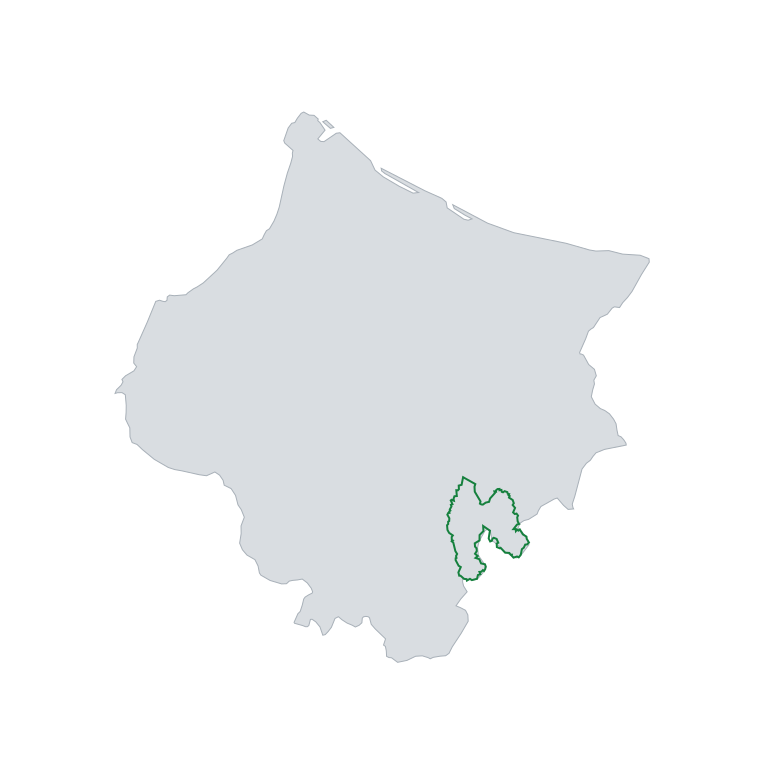 Bafing, Bafing, Ivory Coast shown in context, rotated 213°
{"feature_id": "98640826B37750272367318", "entity_name": "Bafing", "entity_type": "district", "adm_level": 2, "iso_a3": "CIV", "parent_name": "Ivory Coast", "parent_adm1": "Bafing", "projection": "albers", "projection_center": [-7.651, 8.455], "detail": "medium", "context": "in_parent", "style": "outline", "palette": "green", "viewbox_px": 768, "rotation_deg": 213, "n_neighbors": 0, "source": "geoboundaries", "source_scale": "gbopen_adm2", "svg_char_len": 5533}
<svg xmlns="http://www.w3.org/2000/svg" viewBox="0 0 768 768"><g transform="rotate(213 384 384)"><path d="M195.6,178.7L197.8,178.6L203.8,176.9L209.2,172.9L214.2,164.7L221.0,158.0L228.6,158.5L230.8,157.3L233.5,157.0L236.7,161.4L239.9,164.7L242.2,164.8L243.9,171.1L257.9,173.8L263.8,175.5L268.9,180.1L270.6,180.2L272.7,179.2L274.4,177.6L274.7,175.8L272.5,171.7L273.5,168.0L275.7,164.6L279.3,164.4L284.7,163.4L290.9,163.4L295.5,164.0L297.4,160.7L295.6,151.3L296.0,146.1L296.8,141.8L298.5,140.0L305.4,145.4L311.7,147.4L316.2,147.5L317.5,146.5L315.5,140.5L316.1,138.7L317.7,137.7L320.7,137.1L328.7,134.6L329.6,135.1L331.1,144.5L330.4,147.6L332.1,154.0L334.2,159.9L334.1,162.3L332.4,166.0L330.4,169.4L330.6,170.8L333.8,173.1L340.0,175.4L346.3,175.9L349.9,172.5L353.6,169.6L356.1,167.1L357.0,163.4L361.0,160.6L372.5,157.2L383.1,156.6L385.6,157.7L390.5,162.8L396.6,166.4L405.8,165.9L412.5,167.9L418.4,171.9L422.3,180.7L426.6,187.1L428.6,196.2L435.3,200.9L440.6,203.1L447.8,209.7L455.2,213.0L462.9,212.1L466.5,215.6L472.2,218.0L477.9,218.1L482.9,210.4L489.5,207.3L506.2,201.1L512.8,198.3L519.5,196.5L535.7,195.7L550.7,197.4L558.2,198.8L563.3,197.7L568.2,201.3L573.3,208.8L577.4,211.2L581.6,213.8L584.8,219.7L588.5,225.6L590.5,228.2L595.1,234.1L599.0,234.1L602.8,231.5L604.4,229.6L605.2,233.5L603.8,239.8L604.1,243.7L606.3,245.1L605.2,250.2L600.9,258.8L600.9,263.8L605.3,265.3L608.5,270.6L610.5,279.8L612.5,282.8L612.7,284.7L616.2,306.8L620.4,329.0L617.9,332.0L614.5,332.9L612.3,333.9L611.6,336.0L613.2,339.0L612.2,341.8L608.0,343.8L598.7,351.0L598.1,353.8L595.7,359.9L593.6,363.6L590.6,370.4L586.0,388.5L584.4,403.5L584.2,408.1L582.3,411.3L580.2,416.0L570.2,428.9L565.1,439.4L565.8,444.0L566.1,448.5L564.6,451.8L565.0,460.7L566.3,468.1L568.2,475.3L575.9,495.8L579.9,508.2L582.4,518.2L584.6,525.0L586.6,527.7L587.5,530.3L598.5,532.0L600.6,533.5L603.8,546.5L603.4,552.4L601.2,554.7L601.4,559.7L600.9,565.9L599.4,568.4L593.2,568.8L589.0,571.2L583.5,570.4L583.0,568.8L580.0,568.3L571.7,564.8L573.0,553.5L569.2,553.0L566.3,554.6L560.6,568.3L557.8,570.7L516.9,564.0L508.0,558.5L497.4,557.3L478.9,558.1L463.6,559.9L459.3,563.4L497.8,561.0L502.0,561.4L503.9,563.4L455.2,568.3L436.6,571.2L431.1,570.5L426.9,566.1L406.7,565.7L402.6,567.2L400.1,570.4L408.0,569.7L420.6,569.4L424.0,571.8L384.7,575.3L357.5,581.6L345.9,586.2L307.9,601.2L284.7,608.3L278.7,610.9L268.1,618.3L254.6,622.9L239.3,631.5L230.0,633.4L227.9,630.7L227.7,616.1L226.4,596.7L226.9,589.2L228.1,582.2L228.1,576.4L232.8,574.2L234.0,571.8L234.7,564.2L239.0,557.4L239.1,545.4L240.3,542.9L241.3,539.7L239.5,531.8L237.1,516.9L235.9,516.0L234.8,516.6L232.4,516.9L222.9,511.8L215.5,510.9L210.4,506.5L210.1,501.5L207.5,498.6L205.8,492.8L203.2,486.2L196.0,482.1L189.2,481.2L184.4,482.0L178.7,481.8L172.2,479.5L167.7,477.0L163.5,472.2L159.6,468.3L156.4,468.8L152.6,467.8L148.8,466.1L147.6,464.7L163.4,449.3L168.7,441.8L169.3,437.2L169.4,432.5L171.1,427.7L171.6,420.5L162.9,394.0L160.7,385.8L158.4,383.4L156.9,382.5L161.3,379.1L167.3,380.0L176.6,382.7L178.7,380.1L185.7,366.7L185.5,361.8L184.8,358.3L189.0,349.2L192.2,345.7L193.9,341.9L193.4,336.7L190.9,334.7L187.7,335.1L183.8,333.8L177.9,330.8L174.9,328.1L175.8,316.0L176.4,312.3L178.5,310.1L181.7,309.6L190.9,309.2L198.3,310.6L204.9,311.4L208.4,311.4L211.2,315.0L214.9,318.6L218.2,318.6L219.4,315.9L218.6,304.0L216.4,297.7L211.4,291.6L198.5,286.4L198.2,279.2L199.5,271.3L202.3,268.4L211.9,263.4L210.2,260.7L207.2,257.9L201.1,255.0L202.5,245.6L202.8,237.2L197.7,238.1L192.4,238.6L187.9,236.0L184.2,230.9L183.5,216.9L183.6,200.7L182.8,193.5L184.3,189.7L188.8,186.2L193.8,181.6L195.6,178.7ZM578.2,570.6L576.1,573.7L565.8,571.9L568.2,569.2L578.2,570.6Z" fill="#d9dde1" stroke="#a8b0b8" stroke-width="1"/><path d="M216.5,264.2L215.5,264.9L210.7,264.2L208.5,265.3L207.4,264.3L205.8,267.4L203.5,267.4L199.9,271.3L201.2,274.9L199.6,277.0L201.6,278.4L200.1,279.6L199.7,281.8L198.3,281.6L198.3,283.8L199.4,286.4L201.1,287.8L204.9,286.4L208.7,289.0L212.5,288.0L211.7,290.8L215.2,291.2L215.2,294.4L216.9,296.6L219.1,297.2L221.1,299.8L218.7,304.8L221.6,309.4L220.5,314.8L223.5,318.9L215.3,318.7L212.1,311.5L209.2,309.8L208.2,311.2L208.7,313.7L208.2,314.8L205.2,315.4L201.7,313.1L202.6,311.5L200.5,308.7L197.3,309.3L196.9,310.1L190.5,308.5L186.9,310.6L184.8,309.8L183.8,310.5L183.5,309.6L180.8,308.9L178.5,311.8L176.6,312.0L176.3,315.3L178.4,320.6L177.6,322.9L178.1,326.2L176.6,327.4L176.1,330.0L180.0,331.9L181.4,333.6L185.6,333.5L190.9,336.0L191.5,334.2L193.1,334.4L193.3,332.5L194.6,334.0L196.4,332.8L195.9,338.5L194.5,340.2L197.1,341.6L199.7,344.8L199.9,346.6L202.3,347.5L203.5,346.2L205.8,346.6L206.6,351.5L210.2,352.6L210.2,354.7L212.9,356.8L217.3,356.8L217.6,358.5L218.9,358.5L219.1,359.8L220.4,359.3L221.7,360.5L224.5,359.8L225.2,358.0L226.5,357.7L227.8,359.1L229.3,357.8L230.0,358.9L231.6,357.7L232.2,355.6L231.4,354.7L232.9,354.0L231.6,352.9L232.7,345.8L231.7,342.4L234.1,339.9L235.4,336.7L236.8,336.0L238.4,335.9L239.1,338.1L249.2,343.1L252.2,347.2L252.9,349.8L266.9,348.9L264.0,341.7L266.0,339.5L263.9,336.6L264.1,335.1L265.5,334.3L261.9,329.7L263.8,328.2L263.1,325.5L261.8,324.2L264.3,323.7L264.6,322.7L261.1,320.5L262.1,319.1L260.7,318.0L260.5,314.6L259.4,314.0L259.9,312.6L258.9,311.6L259.9,310.9L259.7,308.9L256.1,307.0L254.7,304.6L255.2,303.5L253.9,301.5L254.2,299.9L251.3,296.2L248.3,294.6L243.8,294.5L243.9,292.5L242.1,290.0L241.1,290.2L241.4,288.9L239.6,288.8L233.1,282.7L230.1,281.3L229.9,279.0L228.5,277.6L229.0,276.9L228.0,275.3L222.4,272.2L219.9,272.3L219.0,266.5L216.5,264.2Z" fill="none" stroke="#15803d" stroke-width="2"/></g></svg>